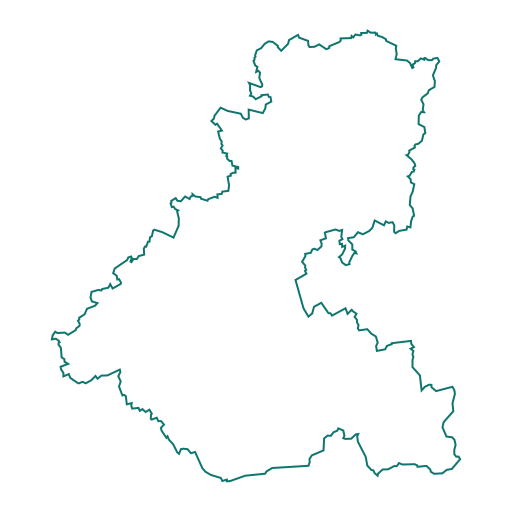 the district of Cappamore-Kilmallock Lea-7, Limerick, Ireland
{"feature_id": "5873133B39771401556272", "entity_name": "Cappamore-Kilmallock Lea-7", "entity_type": "district", "adm_level": 2, "iso_a3": "IRL", "parent_name": "Ireland", "parent_adm1": "Limerick", "projection": "mercator", "projection_center": [-8.418, 52.488], "detail": "fine", "context": "isolated", "style": "outline", "palette": "teal", "viewbox_px": 512, "rotation_deg": 0, "n_neighbors": 0, "source": "geoboundaries", "source_scale": "gbopen_adm2", "svg_char_len": 5986}
<svg xmlns="http://www.w3.org/2000/svg" viewBox="0 0 512 512"><path d="M439.3,61.4L437.4,57.9L433.2,58.7L431.9,60.2L428.1,60.1L425.0,57.9L424.1,58.3L424.2,59.7L420.9,58.4L417.7,61.3L415.2,61.2L415.0,63.1L412.5,64.7L413.4,67.4L412.3,68.0L410.0,63.0L406.9,60.5L395.5,59.2L396.7,54.0L395.8,48.5L396.3,45.8L386.2,40.9L385.9,39.2L382.1,37.0L377.9,35.8L376.9,33.6L375.8,34.5L375.3,32.6L370.6,32.7L367.6,30.7L366.8,32.9L361.2,33.0L361.3,34.8L360.1,35.4L355.4,34.5L353.2,37.4L351.6,36.0L351.1,38.1L340.6,38.4L340.7,40.6L339.4,42.0L329.3,46.2L329.2,48.0L326.3,49.2L319.2,44.4L314.3,46.8L309.5,47.0L308.4,45.2L308.1,40.9L299.2,37.7L298.0,34.9L289.0,40.1L288.1,43.8L281.2,50.8L277.8,47.2L277.8,45.8L272.7,41.9L268.6,41.4L264.7,43.8L261.2,48.1L256.8,50.4L255.1,55.3L255.5,56.7L254.4,57.7L254.6,59.5L253.5,60.9L255.3,65.6L257.4,66.8L256.2,71.9L258.3,70.8L260.0,72.6L259.3,78.1L262.3,84.6L262.0,86.4L260.5,87.1L249.0,82.9L250.1,85.2L250.0,90.2L251.3,93.6L250.0,95.7L253.2,96.6L255.7,99.2L261.5,96.3L261.4,95.2L267.8,94.5L268.8,96.8L270.5,97.1L271.3,101.6L265.8,104.5L265.3,108.4L262.8,113.1L248.7,109.6L248.8,118.4L245.8,119.5L243.0,117.9L240.8,113.7L227.5,110.9L220.6,107.7L214.4,115.9L214.0,118.5L211.4,121.0L215.4,124.8L217.1,123.7L221.9,130.6L218.1,131.5L219.9,138.8L221.7,141.4L221.4,143.9L222.6,145.5L220.8,148.4L222.6,150.4L222.5,152.5L227.2,153.6L226.3,156.0L227.2,156.3L227.1,158.6L229.6,161.0L231.5,160.9L232.5,165.7L238.2,167.0L238.2,168.6L235.4,168.0L235.6,172.7L233.0,172.8L230.6,174.0L230.8,175.7L227.6,176.7L229.1,185.4L228.3,190.9L222.4,191.6L221.7,193.9L217.4,194.4L217.6,197.8L214.4,196.8L208.2,199.2L207.5,200.7L201.0,198.7L200.6,197.2L195.3,196.5L192.5,194.1L192.5,195.9L190.7,196.5L189.6,199.0L185.1,196.5L180.8,201.3L177.4,200.8L175.7,198.1L171.2,200.9L171.5,202.7L170.6,203.5L171.8,207.1L173.7,206.7L175.1,209.0L178.2,210.4L177.1,211.3L178.8,218.4L178.6,225.9L173.5,237.6L162.4,232.2L154.4,229.7L153.1,230.6L151.9,236.2L150.0,237.3L149.5,241.7L148.0,241.7L146.2,246.7L145.0,246.5L143.8,248.8L144.2,254.6L138.7,256.1L136.8,259.1L133.5,258.9L131.5,262.1L130.5,261.6L131.7,257.7L131.2,256.5L128.3,257.4L127.2,260.0L114.7,268.5L113.2,273.2L116.7,275.7L117.3,279.5L119.1,279.2L121.0,282.6L120.6,284.0L112.6,288.5L110.2,284.1L108.4,287.7L102.2,289.0L101.3,290.5L98.4,289.9L91.5,291.9L90.5,297.5L91.9,301.4L97.4,303.1L95.1,305.7L87.0,308.8L84.6,314.3L79.1,317.8L79.3,319.4L78.0,320.8L79.7,323.9L79.5,325.9L76.3,328.3L75.7,330.1L68.1,334.8L64.9,332.6L57.3,333.0L55.2,331.7L52.6,335.4L51.9,339.4L55.8,338.7L58.8,340.8L59.6,342.2L58.6,342.8L58.5,344.6L60.9,347.9L61.6,357.4L64.3,359.1L64.6,361.8L68.1,363.9L60.6,366.7L61.0,369.3L63.4,372.9L63.4,376.4L68.8,374.1L70.3,377.9L77.1,382.6L78.7,383.4L82.5,381.8L85.7,383.3L91.2,380.3L95.5,376.0L97.5,378.7L101.4,375.6L107.5,375.4L119.8,369.6L120.4,372.0L118.3,376.2L120.7,381.4L119.0,386.6L122.4,395.4L123.9,394.8L125.8,396.1L126.8,404.3L131.7,403.1L131.3,405.8L132.2,408.6L138.5,407.9L139.8,410.8L142.4,409.1L145.6,412.0L149.4,409.7L151.8,413.7L151.0,414.6L150.8,418.8L151.7,419.6L156.7,417.7L158.3,421.1L161.1,421.1L164.0,424.6L160.9,427.9L161.6,430.7L166.4,437.8L167.5,436.3L169.0,439.8L173.2,444.3L177.2,452.3L179.0,453.8L181.0,449.1L183.4,448.7L187.6,449.2L190.9,453.2L195.1,452.0L202.3,468.1L205.4,471.7L210.8,474.9L220.9,478.0L222.3,481.0L226.8,479.6L226.8,481.3L230.0,481.1L245.2,475.7L265.2,473.7L266.4,471.5L272.2,468.0L308.4,465.8L309.7,462.1L309.5,459.0L311.8,455.4L323.5,450.4L324.1,438.5L327.6,435.6L330.9,435.8L333.6,432.2L337.3,430.7L338.3,428.4L343.3,430.5L344.4,435.7L343.3,438.2L345.3,438.9L351.2,438.7L355.9,434.3L358.2,434.0L357.2,436.3L357.9,441.7L365.7,456.8L367.3,465.6L371.4,470.0L373.4,470.4L374.6,473.1L377.6,475.7L378.1,473.6L382.6,469.5L388.1,469.3L394.4,466.0L396.7,466.2L399.0,463.1L402.4,464.5L414.6,464.2L417.2,465.4L417.5,466.8L426.4,465.9L430.2,469.4L430.9,471.8L434.2,473.8L442.4,473.3L446.7,469.8L451.8,469.0L460.1,459.2L458.6,456.6L456.3,456.7L454.3,454.2L454.3,449.8L455.6,444.9L454.5,439.9L452.2,437.3L446.5,436.6L442.5,427.4L443.6,422.2L453.3,411.2L452.5,403.4L454.9,394.0L454.4,390.3L452.4,386.8L436.1,391.1L431.5,387.2L431.4,384.9L429.2,384.7L424.9,386.8L421.6,390.4L419.9,375.4L412.5,367.1L412.5,359.8L413.4,356.9L412.4,354.5L413.4,351.0L410.6,348.7L413.9,347.1L411.3,343.8L411.0,340.9L391.7,343.2L391.7,344.2L386.9,345.9L385.2,349.3L376.9,350.9L376.1,346.1L377.7,342.7L375.9,336.5L371.3,333.7L367.3,329.2L359.1,330.4L357.8,328.3L358.5,325.0L357.0,322.5L356.9,319.7L354.6,316.9L356.5,313.8L351.7,310.4L352.2,309.2L347.6,313.9L345.5,308.3L332.0,315.6L330.5,313.3L328.4,313.1L321.3,302.8L314.0,306.8L312.2,313.5L308.4,316.6L303.5,308.3L295.5,280.0L306.4,273.7L305.0,270.9L306.2,270.0L305.1,267.7L305.3,265.6L302.1,261.8L305.4,256.1L305.2,253.9L310.8,252.8L312.3,249.5L314.1,248.7L317.4,250.0L321.4,246.5L321.7,243.8L320.4,240.3L326.0,238.3L324.8,232.7L325.7,232.2L335.5,229.5L339.3,230.9L342.1,230.0L341.3,236.7L342.4,239.2L339.4,240.7L339.8,244.2L342.0,243.9L342.2,246.9L345.2,245.7L345.0,248.8L342.1,254.5L339.0,257.1L340.4,258.1L342.2,262.6L345.8,265.1L349.5,264.2L349.3,262.3L352.5,255.6L354.4,252.9L356.4,253.4L355.6,251.4L352.3,249.5L352.3,244.4L348.4,240.5L348.1,238.1L353.7,237.3L358.0,232.2L362.8,234.3L369.2,231.0L372.3,227.9L374.7,220.5L384.0,225.3L385.8,221.4L388.6,222.9L392.5,222.2L394.3,225.4L394.1,231.8L395.6,233.2L399.2,230.9L406.6,229.6L407.2,226.5L410.4,227.4L411.2,220.9L412.7,216.6L414.1,215.8L412.6,208.3L409.8,205.1L410.5,196.4L412.7,191.6L414.3,184.2L410.9,182.4L410.6,179.1L407.8,176.4L409.5,175.8L411.9,171.9L413.7,171.6L414.4,169.8L413.2,169.0L413.5,167.4L415.3,165.9L414.4,163.0L411.4,159.2L406.6,155.2L408.0,154.8L409.5,151.9L409.2,150.6L414.9,147.5L414.5,145.7L415.5,144.4L418.3,143.8L421.9,140.8L423.4,134.4L425.3,133.1L424.4,127.1L418.6,124.1L418.8,115.7L421.1,112.1L424.0,112.2L422.7,110.5L423.5,104.3L421.2,99.7L422.5,97.3L427.7,93.4L428.9,90.2L434.5,86.9L434.9,81.2L432.9,75.4L436.1,67.8L436.2,65.2L439.3,61.4Z" fill="none" stroke="#0f766e" stroke-width="2"/></svg>